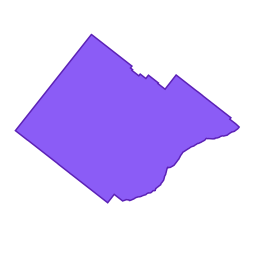 outline of Wiluna, Western Australia, Australia, rotated 218°
{"feature_id": "25037944B27628401872150", "entity_name": "Wiluna", "entity_type": "district", "adm_level": 2, "iso_a3": "AUS", "parent_name": "Australia", "parent_adm1": "Western Australia", "projection": "robinson", "projection_center": [121.784, -25.366], "detail": "fine", "context": "isolated", "style": "filled", "palette": "violet", "viewbox_px": 256, "rotation_deg": 218, "n_neighbors": 0, "source": "geoboundaries", "source_scale": "gbopen_adm2", "svg_char_len": 5366}
<svg xmlns="http://www.w3.org/2000/svg" viewBox="0 0 256 256"><g transform="rotate(218 128 128)"><path d="M87.3,67.2L86.8,68.0L86.3,68.7L85.8,69.5L85.6,69.9L85.4,70.1L85.4,70.4L84.9,70.7L84.4,71.0L83.7,71.4L83.2,71.7L83.1,71.9L82.6,71.9L82.3,71.7L82.1,71.8L81.6,72.4L81.2,73.1L80.8,73.8L80.4,74.6L79.8,75.6L79.4,76.7L79.0,78.0L78.9,78.1L78.5,78.6L78.2,79.1L77.6,80.0L77.2,80.3L76.9,80.6L76.2,81.3L75.9,81.7L75.5,82.3L75.3,82.6L75.1,83.2L74.7,83.9L74.3,84.4L73.9,85.1L73.6,85.5L73.2,86.0L72.9,86.4L72.7,87.9L72.3,88.8L71.8,89.6L71.6,89.6L71.5,89.8L71.0,90.1L70.9,90.2L70.6,90.5L70.3,90.9L70.2,91.1L70.1,91.3L69.8,92.7L69.6,94.1L68.9,94.7L68.4,95.0L68.1,95.6L68.4,96.0L68.5,96.4L68.6,96.8L68.9,97.4L68.9,97.5L68.7,97.8L68.4,99.4L68.2,99.9L68.0,100.9L67.7,102.0L67.3,103.6L67.7,104.1L67.8,104.5L67.8,105.4L67.7,105.6L67.8,108.7L67.9,109.0L68.2,109.8L68.5,110.4L68.8,111.3L69.1,111.7L69.2,111.8L69.3,112.0L69.6,113.5L69.7,114.3L70.0,115.1L70.4,115.8L70.6,116.4L70.9,117.1L71.2,117.7L71.6,118.6L72.1,119.7L72.2,119.9L72.2,120.2L72.3,120.3L72.4,120.5L72.5,121.2L72.5,121.5L72.3,121.6L72.1,121.6L71.9,121.8L71.7,121.9L71.4,121.8L71.3,122.0L71.2,122.3L71.0,122.5L70.4,123.0L70.1,123.7L69.8,124.6L69.4,125.3L69.3,125.8L69.2,125.9L69.2,126.0L68.8,127.0L68.8,127.5L68.8,130.5L68.9,134.0L68.8,134.9L69.0,135.2L69.0,135.5L69.1,136.1L69.3,137.5L69.5,137.7L69.5,137.9L69.5,138.3L69.6,138.8L69.7,141.3L69.8,141.9L69.9,142.4L69.5,143.7L69.1,144.7L68.7,146.0L68.3,147.1L67.9,148.3L67.4,149.5L67.1,150.6L66.4,152.5L65.8,153.2L65.4,153.8L64.9,154.7L64.8,155.2L64.7,155.5L64.6,156.0L64.3,156.7L64.1,157.0L63.8,158.2L63.7,158.5L63.4,158.9L63.2,159.1L62.8,159.4L62.6,159.9L62.5,160.4L62.3,160.7L62.0,161.0L61.5,162.1L61.2,163.0L60.7,164.0L60.5,164.6L60.3,165.0L60.1,165.3L60.0,165.7L60.0,167.8L59.6,168.2L59.1,168.3L58.9,168.5L58.7,168.6L58.3,168.9L57.9,169.4L57.3,169.7L56.8,170.1L56.0,170.6L54.7,171.5L54.0,172.0L53.6,172.7L53.4,172.7L53.0,172.9L53.0,173.5L52.8,174.0L52.0,174.7L51.6,175.1L51.3,175.4L50.9,176.1L50.4,176.8L50.1,177.7L49.9,178.3L49.4,179.1L48.7,180.0L48.2,180.3L47.6,180.6L47.4,180.9L46.9,181.6L46.3,182.3L46.1,182.5L45.8,183.0L45.3,183.6L45.2,184.3L45.1,184.9L44.9,185.4L44.7,186.1L44.4,187.0L44.0,188.0L43.7,188.9L43.3,189.2L42.7,190.1L42.1,190.9L41.9,191.8L41.7,192.5L41.3,193.9L41.0,194.9L41.1,195.3L40.9,196.1L41.0,197.2L45.2,197.6L53.2,197.6L53.2,199.4L68.2,199.4L70.9,199.4L83.0,199.4L84.0,199.4L84.9,199.4L85.7,199.4L86.7,199.4L87.5,199.4L88.0,199.4L88.4,199.4L89.2,199.5L90.3,199.5L91.1,199.5L91.9,199.5L92.7,199.5L93.5,199.5L98.1,199.4L104.7,199.4L112.3,199.4L116.2,199.4L117.9,199.4L118.6,199.4L122.7,199.4L122.7,181.4L131.8,181.4L131.8,182.2L144.4,182.2L144.4,178.0L151.6,178.0L151.6,175.8L154.7,175.8L155.4,175.8L156.4,175.8L157.2,175.8L157.8,175.8L158.7,175.8L159.4,175.8L160.3,175.8L160.3,176.8L161.0,176.8L161.6,176.8L162.2,176.8L163.0,176.8L163.0,179.2L163.9,179.2L165.0,179.2L165.9,179.2L167.0,179.2L167.8,179.2L168.7,179.2L169.5,179.2L170.3,179.2L171.1,179.2L171.9,179.2L172.7,179.2L173.5,179.2L174.3,179.2L175.1,179.2L176.1,179.2L176.9,179.2L177.7,179.2L178.4,179.2L179.4,179.2L180.2,179.2L180.8,179.2L181.5,179.2L182.1,179.2L182.7,179.2L183.2,179.2L183.9,179.2L184.5,179.2L185.3,179.2L185.9,179.2L186.6,179.2L187.4,179.2L188.0,179.2L188.6,179.2L189.3,179.2L189.9,179.2L190.5,179.2L191.2,179.2L192.0,179.2L192.8,179.2L193.4,179.2L194.2,179.2L195.0,179.2L195.6,179.2L196.4,179.2L197.2,179.2L198.0,179.2L198.8,179.2L199.5,179.2L200.1,179.2L200.9,179.2L201.7,179.2L202.5,179.2L203.3,179.2L204.1,179.2L204.7,179.2L205.5,179.2L206.3,179.2L206.9,179.2L207.7,179.2L208.5,179.2L209.3,179.2L210.0,179.2L210.8,179.2L211.4,179.2L212.2,179.2L213.0,179.2L213.8,179.2L214.4,179.1L214.7,129.8L214.9,92.7L215.1,56.6L214.5,56.6L214.3,56.6L213.9,56.6L213.1,56.6L212.0,56.6L211.5,56.6L210.6,56.6L209.5,56.6L208.2,56.6L207.1,56.6L206.2,56.6L205.3,56.6L204.3,56.6L203.4,56.6L202.1,56.6L201.2,56.6L200.4,56.6L200.0,56.6L199.0,56.7L198.6,56.7L197.8,56.7L196.7,56.7L195.7,56.7L195.0,56.7L194.5,56.7L193.9,56.7L193.1,56.7L192.0,56.7L191.1,56.7L190.1,56.7L188.9,56.7L187.9,56.7L187.1,56.7L186.7,56.7L185.7,56.7L185.3,56.7L184.5,56.7L183.7,56.7L183.2,56.7L182.0,56.7L181.2,56.7L180.3,56.7L179.2,56.7L178.1,56.7L177.0,56.7L175.9,56.7L175.1,56.7L174.0,56.7L172.8,56.7L171.7,56.7L170.6,56.7L169.5,56.7L168.6,56.7L167.5,56.7L166.5,56.7L165.6,56.7L164.3,56.7L163.9,56.7L162.9,56.7L162.5,56.7L161.7,56.7L160.6,56.6L159.8,56.6L158.7,56.6L157.9,56.6L157.1,56.6L156.7,56.6L155.4,56.6L154.3,56.6L153.1,56.6L152.0,56.6L151.2,56.6L150.1,56.6L149.2,56.6L148.2,56.6L147.3,56.6L146.4,56.6L145.3,56.5L144.3,56.6L143.4,56.6L142.3,56.6L141.3,56.6L140.4,56.6L139.3,56.6L138.4,56.6L137.4,56.6L136.3,56.6L135.4,56.6L134.3,56.6L133.4,56.6L132.3,56.6L131.2,56.6L130.2,56.6L129.3,56.6L128.4,56.6L127.4,56.6L126.5,56.6L125.5,56.6L124.8,56.6L124.0,56.6L123.5,56.6L122.6,56.6L121.8,56.6L120.7,56.6L119.8,56.6L118.8,56.6L117.9,56.6L116.9,56.6L116.0,56.6L115.5,56.6L114.7,56.6L114.0,56.6L113.3,56.6L112.4,56.6L111.3,56.6L110.4,56.6L109.3,56.6L108.4,56.6L107.3,56.6L106.8,56.6L105.9,56.6L105.0,56.6L103.9,56.6L102.9,56.6L101.9,56.6L100.9,56.6L100.0,56.6L99.1,56.6L98.0,56.6L98.0,67.2L97.4,67.2L96.7,67.2L96.1,67.2L95.4,67.2L94.7,67.2L94.1,67.2L93.3,67.2L92.7,67.2L92.1,67.2L91.5,67.2L90.7,67.2L89.9,67.2L89.3,67.2L88.7,67.2L88.1,67.2L87.3,67.2Z" fill="#8b5cf6" stroke="#5b21b6" stroke-width="1.5"/></g></svg>